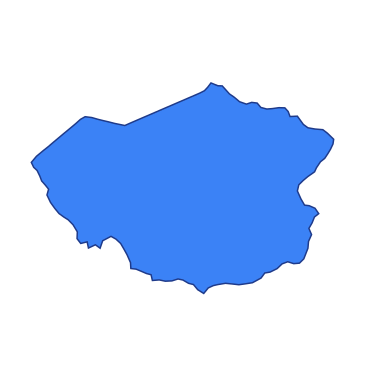 Tremembé, São Paulo, Brazil, rotated 167°
{"feature_id": "56859067B32139697780828", "entity_name": "Tremembé", "entity_type": "district", "adm_level": 2, "iso_a3": "BRA", "parent_name": "Brazil", "parent_adm1": "São Paulo", "projection": "albers", "projection_center": [-45.606, -22.938], "detail": "fine", "context": "isolated", "style": "filled", "palette": "blue", "viewbox_px": 384, "rotation_deg": 167, "n_neighbors": 0, "source": "geoboundaries", "source_scale": "gbopen_adm2", "svg_char_len": 1631}
<svg xmlns="http://www.w3.org/2000/svg" viewBox="0 0 384 384"><g transform="rotate(167 192 192)"><path d="M42.1,211.5L46.8,218.8L50.5,223.3L58.0,225.7L64.6,228.5L68.3,232.8L72.3,242.2L79.5,243.5L80.2,248.8L82.6,253.1L88.3,254.6L95.0,255.2L100.4,256.0L105.9,258.9L108.5,264.0L113.7,265.9L119.2,265.4L125.4,269.3L129.5,274.8L133.5,279.2L136.5,284.7L138.7,288.6L142.9,289.7L149.0,294.0L153.2,290.5L157.1,287.9L162.3,286.6L234.1,273.5L242.5,271.9L251.9,276.2L257.9,279.3L262.6,281.6L267.5,284.1L272.9,287.1L279.2,289.4L284.3,287.9L289.7,284.9L295.8,281.8L304.2,277.6L315.0,272.1L322.5,268.2L327.6,265.8L335.5,261.8L341.9,257.0L340.7,251.7L338.1,247.8L336.7,241.7L336.0,236.6L333.4,231.8L331.1,227.0L334.0,221.7L332.2,213.6L329.3,206.7L326.4,200.9L322.3,196.2L318.9,192.8L315.3,186.9L312.7,179.0L314.5,172.4L312.0,166.9L305.4,167.0L305.5,160.7L298.0,162.3L294.2,157.9L290.0,164.6L280.9,167.0L276.7,163.2L273.1,157.9L271.3,152.1L269.4,145.5L267.8,137.0L268.8,131.2L263.8,129.4L259.6,126.4L254.7,122.8L250.5,120.6L250.5,114.7L243.7,113.7L238.1,111.1L231.6,109.9L225.2,110.4L220.7,108.3L215.9,103.8L211.4,101.5L208.4,95.5L203.4,90.5L197.7,94.9L192.3,96.0L187.8,96.0L179.9,95.5L172.8,93.1L167.2,91.1L160.4,90.5L153.5,90.0L144.1,92.6L139.3,96.7L133.9,96.4L126.3,98.2L120.4,101.7L114.4,102.5L109.0,99.3L103.3,98.5L98.1,101.7L91.7,111.1L89.6,117.6L85.1,123.6L86.3,130.2L82.0,134.8L78.3,140.1L73.4,142.4L75.8,148.5L80.9,152.3L85.3,153.9L87.4,160.7L89.1,169.3L86.3,175.0L81.1,178.2L75.6,181.0L68.0,184.1L65.3,187.6L60.1,192.5L55.0,195.0L51.0,198.8L47.5,202.4L43.8,207.1L42.1,211.5Z" fill="#3b82f6" stroke="#1e3a8a" stroke-width="1.5"/></g></svg>